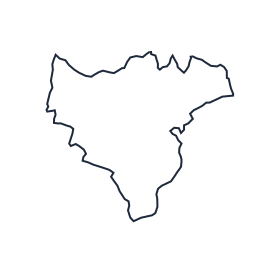 Stroumpi, Paphos, Cyprus, rotated 17°
{"feature_id": "46923920B38584843401595", "entity_name": "Stroumpi", "entity_type": "district", "adm_level": 2, "iso_a3": "CYP", "parent_name": "Cyprus", "parent_adm1": "Paphos", "projection": "robinson", "projection_center": [32.477, 34.887], "detail": "fine", "context": "isolated", "style": "outline", "palette": "slate", "viewbox_px": 256, "rotation_deg": 17, "n_neighbors": 0, "source": "geoboundaries", "source_scale": "gbopen_adm2", "svg_char_len": 1824}
<svg xmlns="http://www.w3.org/2000/svg" viewBox="0 0 256 256"><g transform="rotate(17 128 128)"><path d="M125.9,49.5L123.8,52.2L121.4,55.9L114.8,56.8L109.6,59.9L107.9,64.9L106.9,71.8L104.8,72.5L101.9,75.9L98.5,79.6L94.6,80.1L87.3,80.5L83.7,83.2L79.8,87.4L78.0,89.7L72.3,90.5L65.3,89.5L59.5,87.9L53.0,85.0L48.3,81.5L42.4,81.6L37.4,79.1L37.0,84.7L37.0,89.2L39.1,94.2L40.1,102.4L40.5,105.4L42.1,108.2L43.9,111.6L43.0,117.2L43.3,122.1L43.7,128.7L45.5,130.8L44.8,134.6L46.0,135.9L50.0,134.0L52.8,132.5L54.9,136.6L54.6,140.6L55.7,144.8L60.2,144.0L62.4,143.2L68.7,143.6L72.3,143.5L75.9,144.8L76.5,149.5L76.3,160.1L78.6,161.9L82.7,158.6L86.8,159.6L92.1,161.6L95.4,165.0L93.8,168.7L94.2,172.6L100.0,172.5L105.5,173.2L115.8,173.3L122.4,173.5L127.2,175.1L126.1,179.6L130.1,182.8L134.7,186.2L138.5,190.9L145.6,196.9L150.0,198.0L151.9,201.9L152.1,206.8L154.5,210.3L156.4,213.0L160.6,215.5L166.7,210.0L176.6,204.4L177.7,203.0L179.0,201.4L179.2,194.8L176.6,186.9L174.5,183.0L174.5,177.3L177.1,173.4L184.7,166.4L186.8,160.0L187.8,156.3L189.0,152.9L190.0,149.6L189.2,145.5L188.5,142.8L187.0,140.1L184.1,136.6L183.0,132.2L183.7,127.2L179.5,124.9L176.2,121.3L172.3,120.6L169.3,118.5L172.1,114.3L176.7,113.3L180.1,117.3L182.1,113.3L180.8,109.0L184.2,106.1L187.3,100.3L183.2,96.2L185.7,91.7L189.4,88.3L192.6,85.0L195.4,80.9L198.7,79.8L209.1,70.4L219.0,66.3L218.6,64.6L215.4,60.7L213.5,57.8L210.7,52.8L209.8,51.3L207.9,51.2L205.8,44.6L202.0,41.6L197.9,40.5L195.1,43.1L189.1,44.3L182.6,42.5L178.8,41.2L173.1,41.3L169.0,40.6L167.1,41.5L167.8,42.6L167.6,47.2L167.9,51.3L166.6,56.0L165.3,58.8L162.2,57.4L157.8,55.3L156.2,52.2L152.3,48.6L149.5,45.7L148.6,48.9L148.8,53.9L147.2,57.7L143.5,59.6L141.4,62.9L138.9,61.7L137.9,57.9L135.1,53.9L133.1,50.7L131.8,50.7L128.6,50.6L127.8,48.6L125.9,49.5Z" fill="none" stroke="#1e293b" stroke-width="2"/></g></svg>